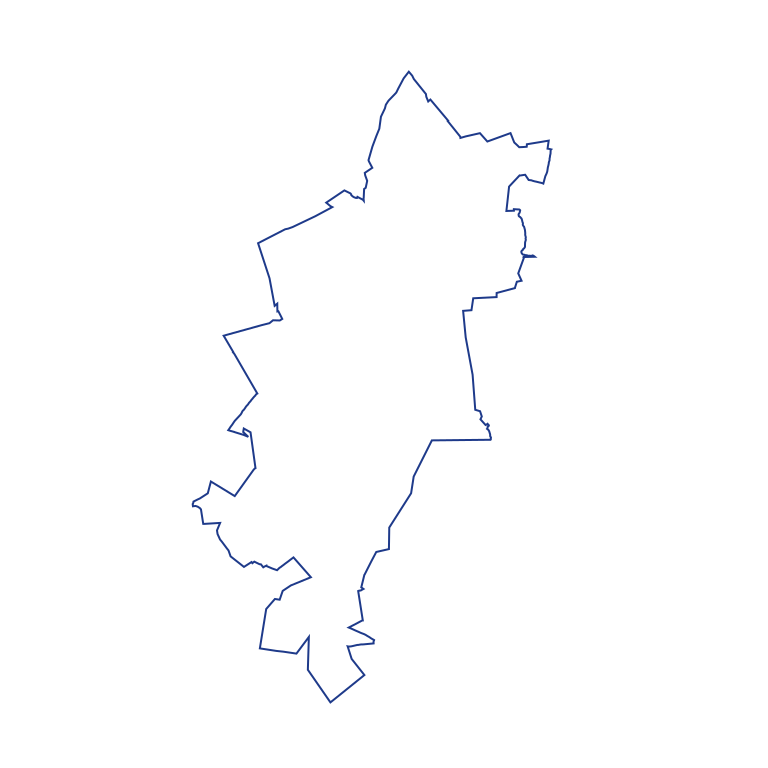 the district of Altamirano, Chiapas, Mexico, rotated 78°
{"feature_id": "50627088B24098372113049", "entity_name": "Altamirano", "entity_type": "district", "adm_level": 2, "iso_a3": "MEX", "parent_name": "Mexico", "parent_adm1": "Chiapas", "projection": "robinson", "projection_center": [-91.86, 16.673], "detail": "fine", "context": "isolated", "style": "outline", "palette": "blue", "viewbox_px": 768, "rotation_deg": 78, "n_neighbors": 0, "source": "geoboundaries", "source_scale": "gbopen_adm2", "svg_char_len": 5870}
<svg xmlns="http://www.w3.org/2000/svg" viewBox="0 0 768 768"><g transform="rotate(78 384 384)"><path d="M83.7,294.8L89.1,301.2L94.7,305.9L97.8,308.5L101.5,311.4L102.9,313.4L107.4,320.1L108.1,321.0L111.2,324.1L114.6,325.8L121.9,331.4L133.3,335.5L139.8,339.9L149.4,346.0L161.8,352.6L163.0,352.5L170.1,350.5L173.5,358.9L176.1,359.0L181.8,358.2L188.3,361.1L189.1,362.9L197.5,365.1L198.6,365.5L199.9,365.6L200.0,365.6L200.6,365.7L200.0,366.0L199.3,366.4L196.1,370.3L195.4,371.1L195.9,371.5L196.4,371.8L196.1,372.9L195.0,374.6L193.9,375.7L193.2,376.2L192.5,376.7L191.6,376.7L190.6,377.2L186.4,382.5L194.6,402.8L198.9,399.4L200.2,397.8L200.6,399.1L205.6,416.3L211.5,440.9L211.5,441.0L212.1,445.4L212.1,448.5L220.1,477.9L256.8,474.0L284.8,474.7L283.2,471.7L290.9,473.2L290.9,472.3L290.9,472.2L296.5,470.7L299.2,470.0L300.2,472.7L298.6,479.3L300.7,483.4L301.0,491.4L303.4,530.8L321.4,524.8L321.6,525.1L323.5,524.1L367.0,509.9L367.3,510.9L368.1,511.9L368.6,512.3L369.1,513.2L369.6,513.9L370.0,514.4L370.6,515.2L371.3,516.0L371.9,516.9L372.5,517.5L373.2,518.3L374.3,519.9L375.0,520.6L375.8,521.4L376.8,522.9L377.7,524.0L378.2,524.4L379.2,525.5L379.8,526.1L380.3,526.8L380.7,527.6L381.4,528.3L382.2,528.9L383.1,529.6L384.0,530.5L389.0,537.6L390.4,539.1L391.7,540.4L392.2,540.9L393.3,542.2L393.9,542.9L395.6,544.6L396.8,545.9L397.9,544.0L399.7,540.5L399.8,540.5L404.6,531.9L407.2,528.1L407.5,527.7L401.7,531.7L401.4,531.6L400.8,531.3L400.0,531.1L399.2,530.7L398.4,530.4L403.5,524.6L439.6,527.2L439.8,528.0L440.8,529.4L462.6,553.3L443.4,573.6L454.3,579.1L457.7,588.0L458.2,590.3L459.4,594.8L459.9,594.9L461.6,595.9L461.7,596.1L463.9,596.3L464.1,593.7L465.3,591.7L467.1,589.9L468.6,589.1L483.2,589.9L483.6,588.0L485.8,573.2L492.5,577.8L496.2,578.0L502.0,576.7L504.7,575.3L512.1,571.9L514.5,570.7L520.7,569.9L533.8,559.0L530.6,550.6L531.9,550.0L530.8,547.8L534.4,543.2L534.8,541.9L538.2,540.2L537.7,538.8L537.2,536.7L537.7,536.7L541.0,532.0L541.1,531.9L543.9,527.3L542.1,524.5L541.6,523.1L540.8,521.5L540.1,519.9L539.3,518.3L537.9,515.2L537.3,513.9L536.6,512.5L536.0,511.2L535.4,509.9L534.8,508.6L557.8,495.7L561.6,516.6L561.6,516.8L565.3,526.1L573.3,530.9L571.6,535.4L579.6,546.0L616.8,560.4L622.7,544.8L624.9,538.1L629.5,525.7L615.8,510.1L646.5,517.6L647.7,517.9L684.3,502.6L664.6,463.7L646.2,472.8L633.1,474.1L633.2,473.9L633.4,473.2L633.6,472.5L633.8,470.7L633.8,469.0L633.7,465.0L633.7,464.3L633.9,463.1L633.9,461.5L634.1,459.8L634.3,459.1L634.5,457.5L634.7,455.8L635.6,448.1L635.1,448.0L634.6,448.0L634.0,447.8L633.5,447.6L633.1,447.4L632.8,447.1L632.4,446.9L632.3,447.0L631.6,447.8L631.0,448.5L630.0,449.6L629.1,450.4L628.3,451.2L627.6,452.0L626.7,453.0L625.6,454.1L624.5,455.5L622.9,458.0L622.2,459.0L621.3,460.2L619.1,463.3L617.3,465.7L616.0,467.5L614.9,469.1L610.8,454.5L610.7,454.3L610.8,453.9L581.2,452.3L581.2,452.2L581.0,451.7L581.0,451.1L581.1,450.8L581.1,450.6L581.0,450.3L581.1,450.0L581.1,449.7L581.1,449.4L581.0,449.1L580.8,448.7L580.2,446.7L578.2,448.5L566.6,442.9L566.3,442.5L565.4,441.8L555.1,433.5L546.7,426.5L546.5,413.5L525.5,408.7L496.5,380.2L480.7,374.2L449.1,348.9L460.7,291.4L460.5,291.1L460.2,291.0L459.7,291.0L459.5,290.9L459.3,290.8L459.2,290.7L458.4,290.5L457.9,290.8L457.5,290.9L457.3,290.9L457.1,291.0L456.8,291.0L456.3,290.8L455.6,290.7L455.4,290.7L455.2,290.7L454.8,290.7L454.5,290.7L454.2,290.8L453.8,290.8L453.5,290.8L452.9,290.9L452.6,290.9L452.2,290.9L451.9,291.0L451.5,291.1L451.4,291.2L451.0,291.3L450.9,291.3L450.6,291.4L449.8,292.1L449.3,292.5L449.0,292.1L447.1,291.4L447.1,291.0L447.1,290.8L447.0,290.6L446.8,290.4L446.7,290.4L446.5,290.1L446.4,290.1L446.1,290.2L445.9,290.2L445.7,290.2L445.6,290.3L445.2,290.6L444.8,290.9L444.5,291.0L444.7,291.4L445.2,293.2L438.6,297.0L436.1,295.1L430.6,295.7L428.2,300.1L393.3,295.4L355.4,294.4L328.9,291.4L330.0,283.1L318.7,278.9L322.4,255.8L318.4,254.9L317.4,236.0L317.1,235.9L311.6,232.8L311.6,228.0L303.7,229.7L289.9,221.1L289.1,221.3L288.8,221.1L290.9,210.0L290.4,210.4L290.0,210.8L289.7,211.1L289.6,211.3L289.4,211.5L289.2,211.7L289.2,211.9L289.1,212.2L289.4,213.1L289.3,213.5L289.2,213.8L289.1,214.4L288.8,214.7L288.8,215.2L288.5,216.4L288.4,216.6L288.1,217.0L287.9,217.3L287.7,217.9L287.5,218.3L287.2,219.5L286.8,219.8L286.7,220.1L286.6,220.5L286.4,221.0L285.9,221.5L284.9,222.0L284.6,222.1L284.3,222.2L284.1,222.2L283.7,222.2L283.2,222.2L282.6,221.8L282.3,221.6L282.2,221.5L282.1,221.2L281.9,220.6L281.7,220.4L281.4,220.1L281.1,219.9L280.9,219.8L280.4,218.7L279.2,217.6L276.6,217.0L274.7,216.5L272.5,215.3L271.7,215.3L271.2,215.3L270.4,214.9L269.7,214.8L269.0,214.8L268.2,214.9L267.1,214.8L266.0,214.5L264.5,214.3L262.6,214.1L260.9,214.2L259.3,214.3L258.6,214.7L257.4,215.1L257.0,215.1L255.7,214.7L255.2,214.7L254.3,214.9L253.6,214.9L252.4,214.9L251.4,215.0L250.7,215.1L249.9,215.6L249.1,216.0L248.6,216.6L247.8,217.2L246.4,217.2L245.7,216.9L244.6,215.7L243.7,215.3L242.9,214.9L242.4,214.7L242.0,214.9L241.7,215.1L241.5,215.3L241.4,215.5L241.3,216.0L241.1,216.5L241.0,217.0L240.0,220.6L241.5,220.9L240.2,228.3L216.9,220.6L208.2,208.1L208.3,208.0L208.4,207.3L208.6,203.5L208.7,202.4L214.5,200.1L214.9,199.0L215.4,197.5L216.1,196.4L217.0,194.7L217.8,192.9L219.3,189.8L219.6,189.1L220.4,187.5L221.1,186.5L214.3,183.0L211.9,181.2L210.2,180.2L208.4,179.5L206.2,178.7L204.8,178.0L204.2,177.7L202.6,177.0L201.5,176.7L199.7,175.6L198.9,175.4L198.0,175.2L196.9,174.7L195.8,174.3L195.4,174.2L194.1,173.6L193.2,173.2L189.7,172.3L189.3,171.7L189.0,172.3L188.4,173.5L188.3,173.8L187.8,175.1L180.2,172.3L179.8,181.7L179.2,194.4L180.1,194.6L181.6,195.1L181.2,198.2L180.6,201.9L180.5,202.5L178.5,203.8L177.2,204.7L175.5,205.9L175.3,206.1L174.7,206.4L171.3,207.0L169.4,207.3L164.9,208.1L168.3,232.5L158.6,238.0L158.8,252.6L159.2,258.1L157.9,258.0L140.1,267.0L139.8,266.5L115.4,279.5L116.8,282.0L111.9,282.9L109.1,282.7L91.9,291.4L88.3,292.3L83.7,294.8Z" fill="none" stroke="#1e3a8a" stroke-width="2"/></g></svg>